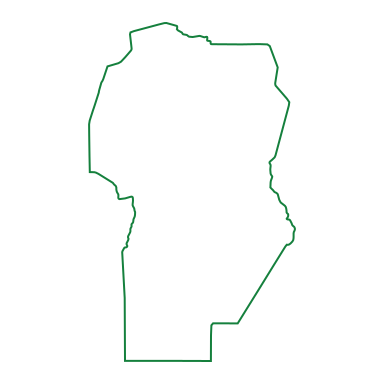 an SVG outline of Córdoba
{"feature_id": "ARG-1299", "entity_name": "Córdoba", "entity_type": "Province", "adm_level": 1, "iso_a3": "ARG", "parent_name": "Argentina", "parent_adm1": "", "projection": "robinson", "projection_center": [-63.644, -32.213], "detail": "fine", "context": "isolated", "style": "outline", "palette": "green", "viewbox_px": 384, "rotation_deg": 0, "n_neighbors": 0, "source": "natural_earth", "source_scale": "10m", "svg_char_len": 3442}
<svg xmlns="http://www.w3.org/2000/svg" viewBox="0 0 384 384"><path d="M277.7,67.4L275.2,83.2L275.3,84.6L275.6,85.6L286.9,98.7L289.3,102.2L288.8,105.7L275.5,155.4L274.6,157.4L272.4,159.5L270.3,161.3L269.6,162.1L269.5,162.8L269.6,163.2L270.4,164.5L270.5,164.8L270.6,165.1L270.6,165.6L270.6,166.3L270.3,169.0L270.3,169.9L270.6,173.5L270.7,173.8L270.8,174.1L270.9,174.4L271.5,175.4L272.0,176.1L272.2,176.4L272.2,176.8L272.1,177.4L271.5,179.1L271.1,180.1L270.8,181.1L270.6,182.6L270.4,187.5L271.8,189.0L272.8,189.9L274.4,191.9L274.9,192.2L276.4,192.9L277.3,193.7L277.5,193.9L277.8,194.4L279.2,199.6L279.6,200.5L280.7,202.5L284.3,205.3L285.0,205.9L285.7,206.9L285.8,207.1L286.2,208.5L286.5,210.4L286.6,212.4L286.8,212.8L287.1,213.2L287.4,213.5L287.9,213.9L288.1,214.2L288.2,214.6L288.2,215.3L288.2,215.8L288.1,216.2L288.0,216.6L287.7,217.2L287.6,217.5L286.8,218.5L286.7,218.7L286.8,219.0L287.1,219.2L287.5,219.4L289.1,219.6L289.4,219.7L289.7,219.9L289.9,220.1L290.1,220.3L291.5,223.0L292.3,225.1L292.5,225.4L292.7,225.6L294.1,226.8L294.3,227.1L294.5,227.4L294.8,228.3L294.9,228.7L294.9,229.2L294.8,229.8L294.5,230.7L293.8,232.1L293.6,233.4L293.6,237.1L293.5,238.5L293.3,239.7L293.2,240.1L292.4,241.5L290.6,243.4L289.8,244.0L289.1,244.5L288.8,244.6L288.5,244.7L287.8,244.8L287.5,244.8L286.8,244.7L285.3,246.6L273.8,265.1L258.2,290.4L237.7,323.4L213.1,323.3L211.4,325.3L211.0,335.4L210.9,361.0L182.0,360.9L155.2,360.9L125.0,360.9L124.7,298.0L122.2,252.1L122.3,251.8L122.5,251.1L124.1,248.2L124.4,247.8L124.6,247.6L125.0,247.5L126.3,247.3L126.6,247.1L126.9,246.9L127.2,246.4L127.3,246.0L127.2,245.7L126.6,244.3L126.6,243.3L126.9,242.7L128.2,240.1L128.4,239.3L128.5,238.8L128.1,237.7L128.0,237.0L128.1,236.5L128.2,236.1L130.1,232.4L130.3,231.8L130.4,231.3L130.4,229.1L130.5,228.6L130.7,228.2L131.4,226.9L131.5,226.5L131.6,226.1L131.5,225.3L131.5,224.6L131.6,224.2L131.8,223.9L132.5,223.1L132.9,222.7L133.1,222.2L133.2,221.8L133.5,219.3L134.7,216.6L135.0,215.0L135.1,212.9L135.1,212.4L135.1,212.0L134.6,210.8L134.4,209.6L134.2,208.4L133.0,206.2L132.8,205.6L132.6,205.1L132.7,203.6L132.9,202.0L133.0,200.4L132.9,198.6L132.8,197.8L132.6,197.2L132.3,197.0L132.1,196.8L131.8,196.7L131.4,196.7L131.1,196.7L130.2,196.9L125.1,198.4L119.6,199.1L119.0,198.9L118.7,198.7L118.5,198.4L118.3,197.8L118.3,197.5L118.4,194.9L118.2,194.2L117.3,192.7L116.8,191.7L116.5,190.4L116.4,189.7L116.3,189.0L116.4,187.9L116.3,187.6L116.1,186.7L115.9,186.3L115.6,185.8L114.1,184.5L112.8,182.8L98.5,173.9L95.9,172.6L94.3,172.2L89.8,172.1L89.5,156.1L89.2,134.9L89.1,124.3L89.7,120.6L93.0,110.3L93.7,108.3L94.7,105.3L98.8,92.5L98.9,91.5L99.3,89.8L100.5,85.6L101.2,83.1L101.4,82.5L102.5,80.8L103.3,79.0L107.5,66.4L118.4,63.2L121.0,61.7L125.4,57.0L131.0,50.5L131.5,49.5L131.6,48.4L130.0,34.3L130.5,32.4L134.0,31.1L149.0,27.1L158.7,24.5L164.3,23.1L166.4,23.0L176.4,25.8L176.9,26.0L177.1,26.3L177.2,27.0L177.1,28.5L176.9,29.2L177.3,29.7L178.0,30.4L181.8,32.5L182.0,32.7L182.5,33.6L182.9,34.1L183.2,34.3L186.5,34.9L187.0,35.1L187.3,35.3L187.9,35.9L188.5,36.3L188.9,36.6L189.3,36.7L192.4,37.0L193.4,36.9L199.4,35.9L200.2,36.0L203.9,37.2L204.4,37.3L206.3,36.8L206.7,36.9L207.1,37.0L207.2,37.3L207.3,37.6L207.3,37.9L207.3,38.3L207.1,39.9L207.1,40.2L207.3,40.6L207.8,40.8L209.6,41.0L210.1,41.2L210.5,41.5L210.6,41.8L210.6,42.1L210.6,43.2L210.7,43.6L210.9,43.9L211.1,44.1L212.2,44.2L241.5,44.4L259.0,44.1L267.4,44.4L269.8,46.1L277.7,67.4Z" fill="none" stroke="#15803d" stroke-width="2"/></svg>